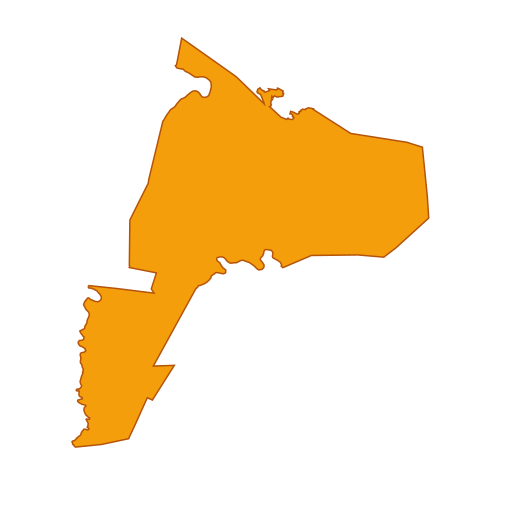 San Gabriel Mixtepec, Oaxaca, Mexico, rotated 96°
{"feature_id": "50627088B96439239090131", "entity_name": "San Gabriel Mixtepec", "entity_type": "district", "adm_level": 2, "iso_a3": "MEX", "parent_name": "Mexico", "parent_adm1": "Oaxaca", "projection": "equal_earth", "projection_center": [-97.031, 16.061], "detail": "fine", "context": "isolated", "style": "filled", "palette": "amber", "viewbox_px": 512, "rotation_deg": 96, "n_neighbors": 0, "source": "geoboundaries", "source_scale": "gbopen_adm2", "svg_char_len": 6062}
<svg xmlns="http://www.w3.org/2000/svg" viewBox="0 0 512 512"><g transform="rotate(96 256 256)"><path d="M127.2,117.2L124.2,174.7L104.2,214.5L103.6,214.2L103.1,219.3L104.2,221.4L105.0,222.5L105.2,222.4L105.3,224.0L105.0,224.9L105.5,225.4L105.8,226.0L106.0,226.2L106.4,226.7L106.7,227.0L107.5,226.6L108.0,228.2L109.0,227.9L109.1,228.3L110.3,228.4L110.5,230.3L109.2,233.3L108.5,236.7L111.1,237.1L110.9,235.8L112.2,234.0L113.5,234.4L113.9,233.6L113.9,233.0L115.1,232.8L115.3,233.1L115.4,233.3L116.4,234.1L116.5,235.1L116.4,237.5L116.2,238.1L115.9,238.5L115.6,238.4L115.6,238.8L117.0,239.7L115.3,245.7L106.1,258.0L106.0,257.1L103.9,256.6L103.5,257.1L101.5,257.2L100.3,257.3L99.2,256.5L98.9,256.0L98.4,255.9L98.5,256.2L98.3,256.7L97.8,257.1L95.4,256.9L96.7,255.6L94.9,254.5L95.7,251.6L95.5,250.3L95.2,249.9L95.0,249.0L94.9,248.2L94.2,246.1L94.0,245.9L93.0,246.0L92.8,245.8L92.7,245.6L91.4,245.5L91.3,246.4L90.3,246.5L89.1,246.2L86.7,251.9L86.9,252.3L87.8,251.9L88.1,252.4L88.5,252.6L88.8,253.1L88.7,253.6L88.4,261.0L90.0,259.7L92.2,264.2L92.0,264.6L91.9,264.7L91.8,265.1L90.9,265.3L90.6,266.9L90.3,267.5L89.9,268.2L88.3,269.7L88.8,270.0L89.0,270.4L89.8,271.2L89.8,271.5L91.9,272.1L92.1,271.8L92.7,272.1L93.5,271.6L95.0,268.2L102.0,264.5L103.4,263.9L103.9,263.7L80.7,293.2L78.9,295.9L47.1,352.7L68.4,354.5L74.4,355.1L75.1,356.1L76.0,355.5L77.0,354.6L77.3,354.1L77.5,353.1L77.5,352.4L77.8,350.4L77.8,347.9L78.5,347.2L79.2,346.3L80.1,344.9L80.1,344.2L81.6,340.5L82.2,339.7L84.3,335.7L84.4,333.3L84.2,331.9L83.8,331.1L83.5,329.0L83.4,327.8L83.5,325.8L83.9,324.2L85.9,320.9L87.5,319.3L88.6,318.9L89.5,318.6L90.2,318.6L90.8,318.4L92.9,318.1L95.1,318.4L96.7,318.8L97.8,318.7L99.2,319.4L100.9,319.6L101.8,320.2L102.4,321.1L103.3,322.4L103.5,323.2L103.6,325.0L103.6,325.9L103.0,326.7L102.3,327.3L101.6,328.1L100.3,328.9L98.9,330.7L98.5,331.7L98.1,332.9L98.2,334.1L98.4,335.3L98.8,336.4L100.8,338.7L101.2,339.3L102.1,339.8L103.1,341.0L104.3,341.9L105.8,343.4L106.7,344.9L107.6,346.7L109.4,348.3L111.9,349.9L113.5,351.0L114.6,351.5L116.3,352.6L117.3,353.7L118.8,355.7L120.5,357.0L121.5,357.4L125.0,359.4L126.3,360.1L130.9,362.1L131.6,362.7L190.7,370.6L195.0,370.8L213.8,377.9L233.4,385.2L278.6,381.0L279.3,380.4L280.0,380.7L280.7,380.9L283.2,353.3L299.7,356.7L303.6,353.5L302.9,390.0L302.9,392.1L302.9,419.0L303.5,419.5L304.5,419.5L305.3,418.9L305.3,417.7L305.1,416.6L305.6,415.5L306.0,413.1L306.7,412.4L306.8,411.5L307.3,410.4L308.3,409.6L309.1,408.8L309.7,408.1L310.3,407.3L311.9,406.1L312.6,405.7L313.3,405.5L314.2,405.4L315.3,405.5L316.4,406.4L317.1,406.8L317.6,407.7L318.1,408.4L318.0,410.6L317.7,412.2L317.4,413.2L316.9,414.3L316.8,415.4L316.4,416.3L315.5,417.1L315.2,418.0L315.5,419.2L317.2,420.1L317.9,420.8L318.5,420.8L319.1,421.6L320.2,421.8L322.3,422.4L322.9,422.0L324.2,421.4L324.8,420.7L326.0,420.2L326.6,419.8L327.7,418.6L328.7,417.4L329.3,416.7L329.8,416.3L331.1,415.8L332.4,415.7L333.8,415.9L336.3,416.8L337.3,417.1L338.2,417.2L339.2,417.2L339.9,417.1L340.8,417.5L341.4,417.7L343.7,418.8L344.5,418.9L345.5,418.8L346.3,419.1L346.7,419.7L347.0,420.5L347.7,421.3L348.1,421.9L348.8,423.3L350.2,422.8L350.9,422.2L351.6,421.6L352.2,421.2L352.5,420.7L353.6,419.9L354.5,418.6L355.3,418.5L356.6,418.7L357.6,419.5L358.2,421.0L358.4,422.6L359.1,423.2L359.6,423.6L360.2,423.8L360.8,423.8L361.5,423.5L363.5,422.1L364.1,420.7L364.3,419.6L365.2,417.8L365.5,417.2L365.8,416.6L366.2,416.2L367.1,416.1L367.7,415.4L368.3,415.5L369.1,416.1L369.7,417.2L370.0,418.2L370.6,419.8L371.8,420.6L374.0,420.2L374.5,419.8L375.4,419.6L376.3,419.5L377.5,419.5L378.6,419.7L379.8,419.6L381.0,419.2L381.8,418.2L383.1,417.7L384.0,417.2L385.3,417.0L386.0,416.1L386.7,415.8L388.1,416.2L388.7,415.9L389.3,415.9L389.8,416.4L390.5,415.9L393.7,416.9L398.7,417.8L399.9,417.7L402.2,416.6L403.2,415.9L404.1,415.9L405.3,416.6L406.1,417.3L406.9,418.6L407.0,419.8L407.7,420.7L408.7,420.6L408.9,419.1L408.4,418.2L409.1,417.8L410.9,417.6L412.1,417.7L412.9,417.5L413.9,416.8L414.3,416.2L414.7,414.6L415.2,414.0L416.3,413.8L416.5,414.6L416.7,415.5L417.3,416.3L417.9,418.1L418.6,418.3L419.1,418.2L420.1,417.2L420.6,416.2L420.9,415.2L421.7,413.7L421.7,412.9L422.0,412.0L422.0,410.9L422.3,409.8L422.9,409.5L425.0,411.0L426.8,411.1L428.1,410.8L431.3,409.0L432.3,408.1L432.9,407.1L434.1,405.6L434.4,404.5L435.0,404.5L435.8,404.7L436.0,406.2L435.7,407.3L436.2,407.9L439.0,406.0L440.2,405.3L441.7,405.5L442.4,405.4L443.3,405.5L443.7,406.0L444.2,405.9L444.4,405.0L445.0,404.2L445.9,404.3L446.5,405.1L446.4,406.1L446.1,407.6L446.2,408.9L446.7,409.5L447.5,409.7L448.2,410.4L448.8,410.6L449.6,411.2L450.5,411.3L451.9,411.6L452.9,412.1L453.7,413.2L454.5,414.0L455.4,414.6L455.9,415.5L457.1,415.9L458.5,417.3L459.2,419.0L459.9,419.6L460.6,419.3L461.3,418.8L462.2,418.8L463.7,417.0L464.4,416.5L464.9,415.5L459.6,390.0L451.0,363.5L449.4,363.1L438.6,359.3L408.3,349.3L410.1,344.0L373.3,325.8L376.2,346.6L294.5,312.3L294.2,311.7L293.7,311.3L293.3,310.9L292.6,310.6L291.8,310.3L291.4,309.9L291.3,309.2L291.2,308.6L290.3,307.0L289.6,305.6L288.4,303.6L287.1,302.1L284.6,299.9L283.4,299.3L283.0,298.8L282.7,298.6L281.1,298.5L280.5,298.3L279.8,297.5L279.1,296.9L278.7,296.2L278.0,295.5L277.7,295.0L277.1,294.8L276.7,294.3L276.6,291.4L276.9,289.5L277.1,287.8L277.0,286.4L276.1,284.7L275.2,284.4L273.0,284.7L272.1,286.1L271.3,287.5L269.9,288.9L269.1,289.4L268.1,290.3L267.0,290.9L266.1,291.9L265.4,293.2L264.7,294.1L263.5,294.7L262.5,294.9L261.8,294.5L261.2,293.4L260.8,292.3L260.5,290.6L260.5,289.3L260.8,288.0L262.4,285.7L263.6,284.8L264.6,283.4L265.6,281.6L265.8,280.5L265.4,278.5L265.0,276.9L264.8,275.1L264.2,273.8L262.6,271.5L261.8,269.8L261.6,268.4L263.3,261.7L265.9,257.0L268.5,253.9L269.6,251.8L268.7,248.6L266.8,247.1L264.4,246.9L261.8,248.8L259.3,251.3L257.6,251.3L255.0,249.3L252.7,248.7L250.1,248.5L248.6,247.4L248.5,243.8L249.0,241.2L250.5,239.6L252.3,239.5L254.6,239.7L256.0,239.0L256.9,237.0L258.2,233.7L259.8,231.1L262.0,229.6L263.5,229.9L264.8,228.1L249.7,201.0L244.3,154.9L243.8,128.8L233.3,117.7L200.2,88.2L179.1,91.8L130.4,101.9L127.3,117.2L127.2,117.2Z" fill="#f59e0b" stroke="#b45309" stroke-width="1.5"/></g></svg>